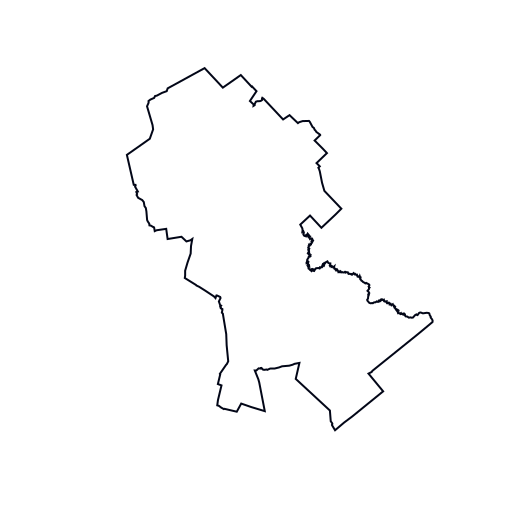 the district of Dragodana, Dâmbovita, Romania, rotated 135°
{"feature_id": "2599482B2320004497345", "entity_name": "Dragodana", "entity_type": "district", "adm_level": 2, "iso_a3": "ROU", "parent_name": "Romania", "parent_adm1": "Dâmbovita", "projection": "mercator", "projection_center": [25.385, 44.759], "detail": "fine", "context": "isolated", "style": "outline", "palette": "ink", "viewbox_px": 512, "rotation_deg": 135, "n_neighbors": 0, "source": "geoboundaries", "source_scale": "gbopen_adm2", "svg_char_len": 6141}
<svg xmlns="http://www.w3.org/2000/svg" viewBox="0 0 512 512"><g transform="rotate(135 256 256)"><path d="M248.2,414.0L275.8,418.8L292.1,392.8L290.9,391.5L291.2,391.0L292.5,390.5L294.0,385.1L295.4,385.8L296.2,383.9L297.3,383.6L298.2,380.5L296.9,376.0L297.2,373.5L299.6,370.1L300.0,367.8L302.0,365.0L307.5,358.5L308.1,357.0L308.6,354.4L309.7,353.0L308.9,351.9L308.2,349.1L307.9,348.8L307.9,348.2L310.0,345.2L308.1,344.5L300.3,338.7L306.5,330.5L295.1,322.3L294.9,315.5L291.3,313.5L289.0,313.1L294.9,309.0L300.5,303.9L309.0,299.8L316.5,295.7L320.0,292.2L321.9,290.8L318.9,277.9L319.0,277.3L318.0,274.5L316.4,267.4L314.3,257.1L314.4,254.9L311.9,256.1L311.6,255.9L310.3,252.4L310.4,252.0L310.9,251.3L314.4,250.1L316.0,246.8L315.8,245.7L316.9,245.8L317.1,245.4L316.9,245.0L317.6,244.5L317.5,244.0L317.8,243.8L317.7,242.8L317.3,242.3L317.8,241.7L320.2,240.1L320.2,238.7L332.3,221.8L339.9,213.6L350.1,201.2L353.0,200.2L354.1,200.2L364.9,198.2L365.0,197.6L373.5,192.4L371.9,188.9L384.8,181.0L389.0,177.8L388.2,176.3L387.8,173.4L387.0,170.5L386.4,170.3L379.7,159.5L370.8,162.1L366.2,152.6L359.5,140.1L343.2,164.2L341.5,167.2L337.8,175.9L336.7,174.8L333.6,174.7L332.3,173.1L331.8,173.4L331.3,173.0L331.4,170.7L330.7,169.7L328.7,168.2L328.5,167.5L325.6,166.4L322.3,163.2L318.5,160.9L315.6,159.6L310.0,154.9L306.9,153.2L305.0,152.5L300.9,149.7L314.8,141.0L313.0,94.5L320.0,86.3L320.4,83.9L320.7,83.3L321.7,82.9L321.9,82.5L323.3,76.9L311.3,75.9L301.6,74.5L261.8,70.4L259.6,93.3L256.2,92.2L254.9,92.5L196.3,86.2L177.9,84.5L176.9,85.3L176.3,86.6L176.0,89.0L175.3,89.6L175.0,91.3L174.1,92.8L174.2,93.5L175.4,95.1L178.5,97.4L179.5,99.6L180.3,100.2L180.9,100.4L183.6,100.0L183.9,100.5L183.9,101.3L185.3,101.7L188.5,101.5L189.5,102.2L190.2,103.4L191.5,104.3L191.9,106.3L192.9,107.5L192.7,108.5L192.2,109.1L192.9,109.6L192.9,110.0L192.0,110.1L192.0,110.6L193.3,110.5L193.5,110.7L193.5,111.0L192.9,111.3L194.6,112.5L194.0,113.2L195.1,113.6L195.5,114.6L195.1,115.3L195.8,115.4L195.3,116.3L195.1,117.9L193.8,117.3L193.9,118.1L194.4,118.5L194.4,119.3L194.8,119.4L194.8,119.8L194.5,120.5L194.6,121.3L193.7,121.7L194.1,122.3L193.7,122.6L193.9,122.9L193.4,123.1L193.7,124.6L193.4,125.2L194.1,125.3L194.0,125.6L194.2,125.8L195.1,125.6L195.0,126.9L195.4,127.1L194.8,127.5L195.6,128.5L195.0,128.7L195.0,129.1L196.7,130.0L196.6,130.5L196.2,130.9L196.3,131.2L195.6,131.6L196.2,132.2L197.0,132.5L197.4,133.4L196.6,134.5L197.1,134.6L197.3,135.5L198.1,135.8L198.1,136.1L197.6,136.3L197.9,136.7L198.4,136.9L199.1,136.4L199.6,136.8L199.9,136.6L200.1,137.4L200.3,137.6L200.9,137.5L200.6,136.6L201.7,136.9L202.1,137.6L202.6,137.8L202.7,138.5L204.3,138.8L205.2,139.7L206.8,140.0L207.1,140.6L208.3,141.4L209.0,142.7L208.8,145.6L208.4,146.4L206.9,146.7L205.5,147.9L203.8,148.7L204.1,149.2L203.8,149.5L202.1,149.7L201.8,150.6L201.8,152.5L199.6,152.7L198.7,153.5L198.1,153.4L198.0,154.7L196.6,155.1L196.2,155.6L196.2,156.1L197.1,159.0L197.8,159.0L198.1,159.5L198.1,160.1L198.7,162.0L198.6,163.2L198.9,163.9L198.7,164.6L198.7,165.8L197.1,167.0L197.3,167.6L196.9,168.4L198.0,167.9L198.0,169.2L198.7,169.6L198.4,170.2L198.4,170.6L197.9,171.3L198.3,171.5L198.5,173.0L199.0,172.8L199.3,173.2L199.1,174.9L201.4,174.9L201.5,175.3L201.3,175.8L201.9,176.2L202.1,176.9L203.1,177.8L202.8,178.1L203.0,178.7L202.6,179.5L203.4,180.5L204.3,180.9L204.0,181.6L204.2,181.9L205.3,182.0L206.2,183.0L206.3,183.5L207.2,184.0L207.4,184.4L207.0,185.1L207.1,185.7L208.1,185.4L208.3,186.1L208.8,185.9L209.1,186.2L208.4,186.7L208.9,188.1L208.4,188.2L208.2,189.0L208.4,189.3L208.3,189.5L208.6,189.6L209.1,189.5L209.1,189.1L209.5,189.3L208.9,190.2L209.3,190.5L209.1,190.9L209.5,191.5L208.8,192.5L208.9,192.9L208.2,193.3L209.5,193.4L209.4,194.6L210.0,194.8L209.6,195.2L209.6,195.7L209.9,196.2L210.8,196.3L210.6,197.1L209.7,197.3L208.7,198.2L209.3,198.9L209.8,200.0L209.3,201.7L211.7,202.4L212.1,202.0L212.6,202.1L212.8,202.5L213.1,202.2L213.7,202.6L214.0,201.5L214.9,201.1L215.1,201.9L215.8,201.7L215.5,202.5L217.6,201.6L218.7,202.8L219.6,202.1L219.9,202.2L220.3,203.3L222.2,204.9L223.7,204.7L224.4,205.5L224.8,204.5L225.5,204.3L226.6,206.1L226.3,206.4L225.5,206.3L225.4,206.6L226.8,206.9L226.9,206.2L227.4,206.1L227.5,207.7L226.9,207.9L227.6,208.3L227.5,208.9L227.7,210.0L227.0,210.7L226.7,211.6L226.1,211.5L226.2,212.2L225.8,212.0L225.6,211.2L224.9,212.1L225.4,212.8L225.2,213.5L224.1,214.1L224.3,214.6L225.4,215.1L225.1,215.5L224.6,215.7L224.3,214.8L223.0,215.0L223.0,215.4L223.6,215.9L223.5,216.3L222.3,217.2L219.9,217.7L219.5,218.1L218.7,218.1L218.5,217.8L217.9,218.2L217.8,217.4L217.5,217.4L217.4,218.0L216.9,218.2L217.6,219.0L217.5,220.1L216.9,219.5L216.6,219.7L217.2,221.3L216.6,221.5L215.8,221.1L214.9,222.1L215.0,222.5L214.0,223.1L214.6,223.4L214.4,223.7L213.6,224.0L213.5,223.4L213.2,223.5L213.4,224.4L213.1,225.0L212.4,225.0L211.8,225.8L211.1,225.5L210.4,226.5L210.1,226.1L210.2,225.7L210.4,225.7L210.3,225.4L209.5,225.5L209.0,226.0L208.7,225.5L208.3,225.9L206.9,225.8L206.7,226.5L205.7,226.7L205.9,227.2L205.3,227.2L205.0,226.5L204.7,226.6L204.9,227.5L204.7,228.3L204.2,228.2L204.0,228.7L204.3,229.2L205.7,229.8L205.2,230.3L205.5,231.4L204.3,231.6L205.2,232.8L204.7,233.1L203.9,233.0L203.7,235.2L204.4,234.9L205.0,235.2L205.4,234.3L206.1,234.5L206.3,235.0L206.8,234.7L207.1,235.9L207.5,236.0L207.6,236.7L207.0,238.2L205.8,238.5L205.4,239.0L205.5,239.3L205.1,240.0L206.1,240.3L204.8,241.3L203.7,242.8L202.5,246.9L189.2,246.4L189.8,229.7L170.6,229.1L162.2,229.1L161.6,253.7L157.5,261.1L151.0,270.8L149.8,273.2L149.5,274.3L147.5,274.3L147.5,278.9L133.1,278.6L132.9,284.5L132.9,296.2L125.1,296.1L124.9,296.4L125.6,301.0L125.2,302.8L125.3,303.7L124.5,305.7L124.8,307.2L123.1,312.8L123.0,314.0L127.6,318.4L130.9,320.1L132.4,320.3L132.7,331.9L140.3,333.4L139.4,361.6L139.7,363.4L140.3,363.2L141.4,362.0L142.6,362.2L143.7,362.7L145.6,364.5L147.0,365.2L149.4,364.4L150.3,363.6L151.6,363.9L150.5,364.8L150.7,369.9L139.1,372.2L138.9,378.7L139.4,378.7L139.4,379.1L138.8,394.7L160.4,398.5L159.5,425.2L199.9,437.0L202.6,435.7L207.1,437.8L212.7,439.5L214.3,440.5L216.2,439.8L220.1,441.3L222.4,441.6L223.6,440.3L227.2,438.9L236.6,421.7L239.2,418.3L248.2,414.0Z" fill="none" stroke="#020617" stroke-width="2"/></g></svg>